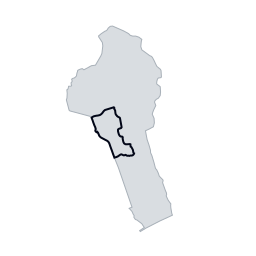 Donga on a map of Benin (orthographic projection), rotated 341°
{"feature_id": "BEN-2182", "entity_name": "Donga", "entity_type": "Department", "adm_level": 1, "iso_a3": "BEN", "parent_name": "Benin", "parent_adm1": "", "projection": "orthographic", "projection_center": [1.891, 9.258], "detail": "fine", "context": "in_parent", "style": "outline", "palette": "ink", "viewbox_px": 256, "rotation_deg": 341, "n_neighbors": 0, "source": "natural_earth", "source_scale": "10m", "svg_char_len": 3730}
<svg xmlns="http://www.w3.org/2000/svg" viewBox="0 0 256 256"><g transform="rotate(341 128 128)"><path d="M105.9,229.9L105.6,228.8L111.0,227.4L109.9,223.0L106.5,217.9L105.2,216.9L104.5,214.4L105.3,212.7L104.9,211.6L104.6,208.1L102.9,204.3L106.0,204.2L106.0,191.9L106.0,180.1L106.0,170.0L106.0,162.1L105.5,152.5L105.4,145.5L105.3,136.3L104.2,133.4L99.5,128.5L98.3,126.0L98.1,122.6L97.0,119.2L97.0,113.1L96.9,106.1L96.5,105.0L91.5,101.6L84.4,96.8L79.0,93.2L78.6,92.9L78.1,92.0L78.9,81.3L80.0,79.9L81.8,75.5L82.6,72.0L83.4,72.0L84.5,70.9L85.4,69.2L86.3,69.5L87.9,69.9L88.6,69.3L88.5,68.0L89.0,66.6L90.2,66.0L90.6,64.8L90.6,63.5L91.7,63.1L93.5,63.2L95.0,62.7L96.2,62.0L97.7,59.3L98.6,58.3L98.8,57.6L99.7,57.0L102.1,56.8L104.1,57.0L105.3,58.6L113.7,57.2L117.7,58.0L125.8,51.0L127.6,49.0L130.0,44.0L130.9,42.2L131.6,38.8L130.0,32.5L130.1,31.4L133.4,30.1L137.6,29.0L139.2,28.9L140.3,28.4L141.8,27.1L144.3,26.1L145.7,26.4L146.6,26.6L155.5,34.8L159.3,39.0L160.3,41.1L162.3,42.6L165.2,43.6L167.9,45.7L169.9,48.7L168.6,50.8L166.6,55.2L166.5,58.6L171.5,65.8L172.0,66.6L173.3,67.7L174.0,69.0L174.6,72.6L175.0,76.6L175.4,79.3L177.8,83.1L177.9,84.6L176.3,90.3L175.9,90.9L175.5,91.1L172.9,90.6L171.9,91.2L170.5,93.2L169.6,95.1L169.6,95.9L171.9,99.4L170.5,104.6L169.0,107.8L166.4,109.7L164.1,110.1L162.4,111.0L161.5,112.1L161.6,115.8L158.2,119.2L156.3,121.5L155.4,122.9L155.8,127.3L154.6,131.7L152.4,135.1L147.6,135.9L143.6,136.3L142.3,145.1L142.3,150.7L142.0,156.4L141.3,158.7L141.6,162.0L141.3,169.3L140.8,175.2L141.5,176.7L141.9,180.1L141.9,183.7L143.0,186.1L144.1,188.3L144.0,189.4L143.4,190.1L142.9,191.0L143.0,199.3L143.2,201.8L142.9,203.4L142.0,204.7L142.4,208.9L143.1,211.6L143.8,213.6L143.1,215.2L142.5,217.4L141.6,222.9L141.6,224.9L127.8,226.3L112.4,228.5L105.9,229.9Z" fill="#d9dde1" stroke="#a8b0b8" stroke-width="1"/><path d="M97.2,122.0L96.7,121.5L96.3,120.7L96.2,120.0L96.4,119.6L97.0,118.7L97.2,118.3L97.2,117.9L97.2,117.3L97.3,116.9L97.3,116.5L97.1,115.0L97.0,112.4L97.0,108.8L96.9,106.4L97.3,106.2L99.2,105.8L100.6,105.9L102.2,106.1L103.5,106.4L105.6,106.6L107.2,106.2L108.6,105.5L109.7,104.7L110.8,104.0L112.1,103.5L121.3,103.8L121.6,104.5L121.5,104.8L121.4,104.9L121.2,105.4L121.5,107.0L121.5,107.6L121.2,108.6L120.9,110.3L120.9,110.9L120.9,111.3L121.6,113.1L121.6,113.3L122.1,114.0L122.7,114.7L123.3,115.2L123.6,115.8L123.6,116.2L122.3,124.7L122.2,125.2L122.0,125.4L121.8,125.5L121.7,125.6L121.4,125.8L121.2,125.8L120.0,125.8L119.2,125.8L118.7,125.9L118.5,126.0L118.3,126.1L118.0,126.3L117.5,127.8L117.4,128.9L117.3,130.8L117.4,131.8L117.6,132.5L117.8,133.0L118.0,133.2L118.2,133.5L118.4,133.6L118.6,133.8L119.6,134.2L119.7,134.3L119.8,134.4L119.9,134.7L120.0,134.9L120.0,135.1L119.9,135.3L119.6,136.0L119.4,136.8L119.3,137.9L119.2,138.3L119.1,139.9L119.2,140.5L119.3,141.2L119.4,141.4L119.6,141.7L119.8,141.9L120.0,142.2L120.2,142.4L120.5,142.6L121.2,142.9L124.5,143.8L124.8,144.0L125.0,144.2L124.7,145.3L124.4,146.4L124.7,146.8L125.0,147.2L125.5,150.2L125.1,153.0L125.3,153.8L125.5,154.0L125.2,154.4L124.8,154.7L124.5,154.9L124.1,155.1L123.6,155.3L122.8,155.3L122.6,155.3L122.4,155.2L121.5,154.9L121.1,154.8L120.3,154.8L120.1,154.8L120.0,154.7L119.6,154.4L119.4,154.3L118.5,154.1L118.2,153.9L117.9,153.7L117.6,153.5L117.2,152.8L117.0,152.7L116.9,152.6L116.7,152.6L115.6,152.6L115.4,152.5L115.2,152.5L115.0,152.4L114.8,152.3L114.7,152.2L113.8,151.3L113.6,151.1L113.3,150.9L113.0,150.7L112.8,150.7L112.4,150.7L111.8,150.8L109.0,151.6L108.6,151.6L108.4,151.6L107.8,151.7L106.1,151.6L105.5,151.6L105.4,147.1L105.4,144.1L105.3,140.4L105.3,136.3L105.1,135.4L104.9,134.6L104.2,133.4L102.2,131.3L99.6,128.5L99.4,128.3L98.8,127.3L98.3,126.0L98.1,122.6L97.7,121.7L97.2,122.0Z" fill="none" stroke="#020617" stroke-width="2"/></g></svg>